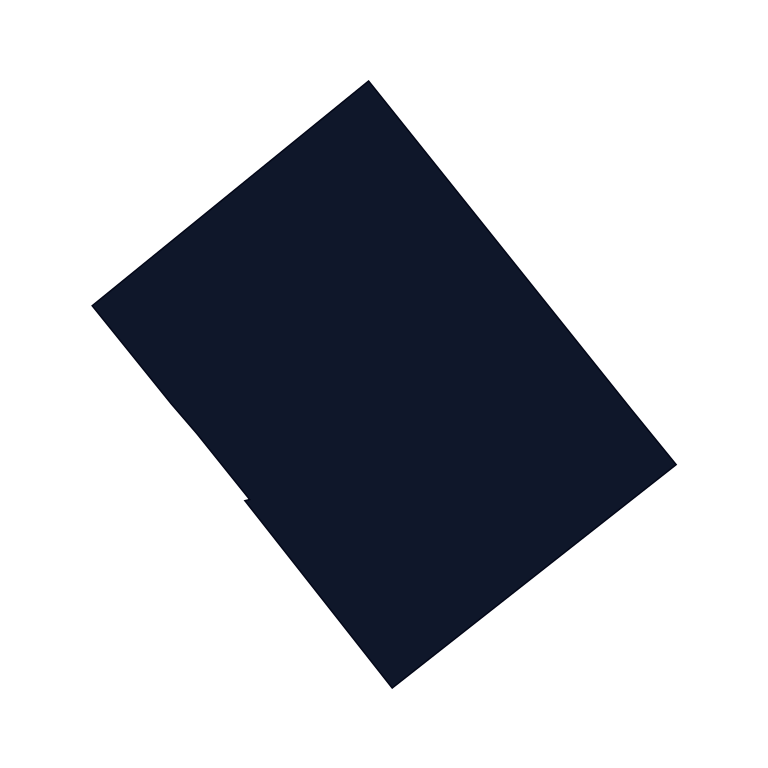 outline of Falls, Texas, United States of America, rotated 82°
{"feature_id": "52423323B55743875979164", "entity_name": "Falls", "entity_type": "district", "adm_level": 2, "iso_a3": "USA", "parent_name": "United States of America", "parent_adm1": "Texas", "projection": "orthographic", "projection_center": [-96.941, 31.254], "detail": "fine", "context": "isolated", "style": "filled", "palette": "ink", "viewbox_px": 768, "rotation_deg": 82, "n_neighbors": 0, "source": "geoboundaries", "source_scale": "gbopen_adm2", "svg_char_len": 288}
<svg xmlns="http://www.w3.org/2000/svg" viewBox="0 0 768 768"><g transform="rotate(82 384 384)"><path d="M81.8,357.1L265.9,662.1L373.8,597.6L407.0,576.3L479.7,533.1L480.2,538.0L686.2,418.2L504.5,105.9L443.4,142.8L81.8,357.1Z" fill="#0f172a" stroke="#020617" stroke-width="1.5"/></g></svg>